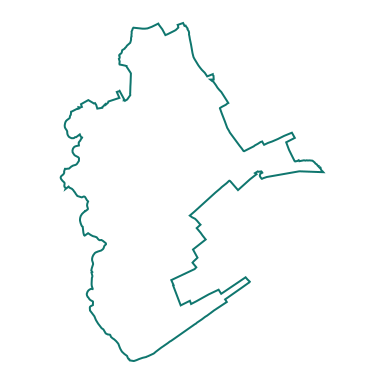 the district of Miroslovesti, Iasi, Romania
{"feature_id": "2599482B34880028878673", "entity_name": "Miroslovesti", "entity_type": "district", "adm_level": 2, "iso_a3": "ROU", "parent_name": "Romania", "parent_adm1": "Iasi", "projection": "mercator", "projection_center": [26.644, 47.15], "detail": "fine", "context": "isolated", "style": "outline", "palette": "teal", "viewbox_px": 384, "rotation_deg": 0, "n_neighbors": 0, "source": "geoboundaries", "source_scale": "gbopen_adm2", "svg_char_len": 5820}
<svg xmlns="http://www.w3.org/2000/svg" viewBox="0 0 384 384"><path d="M88.3,100.1L81.0,104.2L81.5,105.9L81.9,106.9L80.2,107.5L78.7,107.2L79.2,108.4L77.9,108.9L77.7,108.5L71.6,111.6L71.1,111.7L70.8,114.8L70.2,115.6L69.9,116.5L69.8,117.7L69.5,118.2L66.7,120.3L66.0,121.1L65.5,122.0L65.1,123.2L64.7,125.3L64.8,126.8L64.9,127.3L65.4,128.4L66.7,130.3L67.2,131.4L67.2,132.1L67.4,134.0L67.8,135.1L68.8,136.7L70.2,137.6L71.6,138.2L73.1,138.2L73.9,138.1L75.2,137.1L76.2,137.1L79.8,134.4L80.6,136.3L81.1,137.0L82.1,137.5L82.0,137.8L80.7,139.5L80.3,140.6L79.5,141.4L78.8,142.4L78.7,143.4L78.9,145.5L76.1,146.1L74.8,146.6L74.0,147.2L73.0,148.6L72.5,150.4L72.6,152.2L73.4,153.6L74.4,155.0L75.0,155.5L78.2,157.2L78.6,157.6L79.0,158.3L78.9,160.9L77.0,163.8L76.4,164.4L75.5,164.9L73.0,165.6L72.2,166.1L71.4,166.5L69.0,168.6L67.5,168.7L66.3,168.9L65.0,168.8L64.3,170.9L64.1,171.5L64.2,172.8L63.4,174.3L61.5,175.9L61.0,176.5L60.7,177.3L60.7,177.8L60.9,178.6L61.1,179.0L62.4,180.7L64.3,182.5L64.5,182.9L64.6,183.7L64.3,185.9L64.5,186.8L65.5,187.9L65.7,188.4L65.5,189.0L68.6,186.6L69.4,187.6L71.9,188.8L73.3,190.2L74.2,191.6L74.8,192.2L75.8,193.9L77.4,196.0L81.5,197.3L82.0,197.3L83.0,196.8L83.9,196.5L84.4,196.6L84.9,196.9L85.2,197.2L87.0,200.3L88.1,201.4L87.3,203.6L87.1,205.1L87.1,205.9L87.9,208.5L87.9,209.0L87.7,209.4L86.0,210.7L85.2,210.9L85.3,211.2L83.8,212.2L81.9,214.1L81.3,215.1L80.7,216.1L80.2,217.8L80.0,219.2L80.0,220.6L80.6,223.1L81.5,225.4L82.0,226.3L82.7,226.7L83.4,232.7L83.9,234.7L84.2,235.3L84.7,235.6L88.1,233.2L90.6,234.9L92.8,236.1L95.1,236.7L96.4,237.2L96.9,237.5L97.5,238.4L98.6,239.6L99.4,240.1L99.8,240.2L101.4,240.0L102.8,240.8L105.7,243.1L106.0,243.8L106.0,244.2L105.5,244.8L104.6,245.6L104.3,246.1L103.5,248.4L102.9,249.2L101.2,250.5L98.0,251.5L95.6,252.5L94.8,253.1L93.2,255.3L92.4,257.2L92.1,258.7L92.1,260.3L93.0,263.1L93.1,264.2L91.8,268.2L91.3,270.5L92.3,272.0L91.5,272.5L92.4,276.0L92.2,277.2L91.9,277.9L91.7,281.4L91.6,284.3L91.8,286.0L92.7,288.9L92.6,289.1L91.4,288.9L90.9,288.9L89.5,289.6L88.4,290.5L87.9,291.2L87.4,292.0L86.8,293.8L86.8,294.5L87.0,295.5L87.8,297.1L88.2,297.3L89.3,299.0L90.4,300.1L92.8,301.4L93.0,301.8L92.9,305.1L90.7,306.2L90.0,306.9L89.8,307.8L90.0,310.5L94.4,316.3L95.9,320.0L98.1,323.6L101.6,328.2L103.4,329.4L105.7,333.4L107.6,334.4L109.9,334.7L110.3,335.1L111.0,336.9L112.7,338.4L114.0,339.2L116.1,341.1L117.8,343.1L118.4,343.9L119.7,347.4L120.4,349.0L121.9,351.6L124.3,353.9L127.0,355.9L127.2,356.2L127.4,356.9L127.9,358.1L128.4,358.8L128.7,358.8L128.9,359.1L129.0,359.5L129.3,359.8L129.5,359.7L129.8,360.4L133.6,361.0L134.3,360.9L136.6,360.1L139.2,359.0L142.7,357.8L146.2,357.0L146.4,356.8L148.2,356.1L153.6,353.6L153.8,353.4L154.2,353.2L155.5,352.0L161.0,347.8L167.7,343.2L169.9,341.5L170.9,341.0L174.8,338.3L195.0,324.1L195.7,323.8L196.9,322.7L201.8,319.4L205.2,316.8L207.0,315.7L214.1,310.4L226.8,302.0L225.1,299.4L242.5,287.2L249.5,282.2L249.8,281.7L247.4,279.4L245.6,277.3L221.2,293.8L218.6,289.7L208.7,294.4L196.3,301.3L191.1,304.0L189.9,300.8L180.7,305.4L173.1,285.4L173.6,285.2L171.3,280.1L194.6,269.1L196.3,267.3L192.5,262.7L193.8,261.2L197.5,257.7L193.0,249.5L205.7,239.5L202.6,235.6L200.7,232.9L196.7,228.1L200.5,224.7L199.1,223.2L197.0,220.7L195.1,218.8L192.1,217.3L189.8,215.6L194.8,211.3L215.5,192.5L219.9,188.8L221.8,187.0L226.7,183.1L229.1,180.8L229.4,180.7L229.9,180.9L230.8,181.8L238.0,190.1L250.1,179.2L256.5,174.2L255.0,173.1L257.8,171.4L258.5,171.8L261.3,171.4L262.1,172.3L262.3,172.7L260.3,173.8L259.8,175.5L259.8,175.8L260.4,177.1L261.7,178.8L262.1,178.8L263.2,178.2L266.8,177.0L299.3,171.3L323.3,172.2L322.7,171.5L321.7,170.6L320.8,169.3L320.7,168.1L320.4,167.5L319.7,167.8L318.3,166.3L318.5,165.9L317.6,165.6L316.9,164.5L316.5,164.2L315.5,163.6L314.7,162.5L312.5,160.7L309.7,160.4L307.5,160.5L306.8,160.3L305.4,160.6L304.0,160.3L299.3,161.2L298.7,160.2L297.3,161.0L296.3,161.2L295.6,161.4L295.1,161.4L294.9,161.0L294.5,160.9L291.5,154.9L289.0,149.8L286.2,142.3L294.8,137.9L291.9,132.7L284.1,135.9L277.9,139.0L272.1,141.5L268.1,142.9L264.1,144.8L262.6,142.4L262.2,141.5L260.6,142.0L257.7,143.9L254.9,145.4L253.8,146.3L244.1,151.2L243.5,151.0L241.7,148.4L239.7,145.9L229.8,132.5L229.2,131.2L227.2,127.8L224.8,121.2L221.8,113.5L219.9,108.2L220.0,108.0L222.3,106.6L225.8,104.8L227.1,103.7L228.3,103.0L221.3,92.0L219.2,89.8L217.4,87.6L216.0,85.3L213.4,81.7L212.1,81.0L210.4,79.6L213.7,79.5L213.5,75.8L212.7,74.8L212.7,74.2L207.2,76.4L206.6,75.5L204.8,72.8L201.9,69.9L200.1,67.7L198.4,65.4L194.5,59.0L193.5,57.1L192.5,53.1L191.0,44.4L189.9,39.2L189.4,36.2L189.0,34.5L189.1,32.9L188.9,31.9L188.7,31.2L187.5,29.3L187.6,28.5L186.0,26.4L185.6,25.6L184.5,25.9L183.1,23.0L177.7,24.9L178.0,25.5L178.1,26.4L178.3,27.6L175.9,29.9L174.6,30.7L167.6,34.2L165.4,35.1L162.3,29.3L159.0,24.9L158.3,23.6L151.8,26.8L147.5,28.4L144.6,28.7L142.9,28.7L133.4,27.7L132.8,28.5L132.3,30.0L131.6,31.5L131.7,33.1L131.4,35.2L131.6,35.9L131.6,36.2L131.5,36.6L131.3,36.7L131.2,37.1L131.0,38.8L131.1,39.3L130.9,40.5L130.2,42.8L127.0,45.6L126.0,47.1L125.1,47.9L124.6,48.7L122.3,50.1L122.0,51.0L121.9,51.9L121.4,53.1L121.1,53.5L120.2,54.0L119.9,54.3L119.8,54.6L119.7,54.6L119.2,55.1L119.2,55.8L119.3,56.1L119.5,56.2L119.7,56.9L119.7,57.4L119.4,58.4L119.2,58.5L118.9,58.8L119.1,59.4L119.1,59.7L119.4,60.3L119.5,61.0L119.7,61.7L119.4,63.3L119.5,64.3L119.6,64.5L123.1,65.2L125.4,65.7L126.0,66.0L126.5,66.0L126.5,66.3L126.8,67.0L130.4,72.5L130.9,73.4L130.6,82.6L130.4,86.3L130.2,93.1L130.1,93.8L130.3,95.1L127.2,99.5L125.0,100.8L124.6,100.0L124.4,99.9L123.7,100.2L123.7,99.8L124.0,99.1L121.2,93.9L120.7,93.0L119.6,90.9L119.1,91.4L118.3,91.4L117.6,91.7L116.8,92.0L119.4,97.9L108.4,101.5L108.1,102.6L107.7,103.0L105.7,104.8L105.4,104.1L104.5,104.9L103.4,106.3L102.5,106.8L102.3,107.8L97.3,108.6L96.2,104.9L95.0,103.1L94.0,103.5L88.3,100.1Z" fill="none" stroke="#0f766e" stroke-width="2"/></svg>